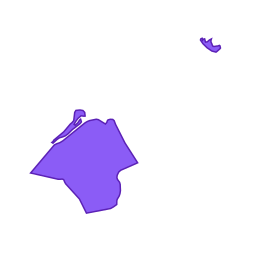 SVG path tracing the border of Sóc Trăng, rotated 262°
{"feature_id": "VNM-508", "entity_name": "Sóc Trăng", "entity_type": "Province", "adm_level": 1, "iso_a3": "VNM", "parent_name": "Vietnam", "parent_adm1": "", "projection": "robinson", "projection_center": [106.207, 9.284], "detail": "fine", "context": "isolated", "style": "filled", "palette": "violet", "viewbox_px": 256, "rotation_deg": 262, "n_neighbors": 0, "source": "natural_earth", "source_scale": "10m", "svg_char_len": 1424}
<svg xmlns="http://www.w3.org/2000/svg" viewBox="0 0 256 256"><g transform="rotate(262 128 128)"><path d="M97.0,25.3L121.5,52.7L122.4,55.5L122.9,58.3L124.3,61.6L139.1,86.2L140.1,88.6L140.7,91.1L141.1,97.8L140.4,99.8L135.1,106.2L136.5,107.8L137.8,108.4L138.8,109.3L139.1,111.6L138.6,114.1L137.2,115.3L133.2,116.2L113.6,122.9L92.2,132.7L87.2,115.0L85.7,112.7L82.7,110.7L80.4,110.1L78.6,110.4L75.4,112.1L73.3,112.4L67.1,111.8L64.1,110.9L61.9,109.8L58.9,107.4L57.5,106.8L53.8,106.2L51.9,102.6L50.7,99.5L49.5,75.0L64.5,70.0L81.4,58.5L83.5,57.7L85.4,57.3L86.2,56.6L86.6,55.6L86.7,53.5L87.0,51.6L97.0,25.3ZM141.1,73.3L142.9,75.3L150.9,77.4L152.7,78.9L152.5,83.0L151.6,85.8L149.5,87.3L145.8,87.2L145.8,86.2L146.6,83.2L144.4,79.7L141.3,76.7L139.1,75.1L138.1,76.1L140.2,79.1L142.6,81.2L143.3,82.3L140.5,82.7L139.1,81.3L134.2,72.7L130.6,67.9L129.0,64.9L128.3,62.2L127.8,58.7L126.5,56.1L123.4,51.6L124.3,50.6L124.7,51.4L125.1,51.9L126.3,52.8L133.2,63.9L140.0,71.5L141.1,73.3ZM205.6,216.3L202.3,216.7L202.3,218.5L203.8,220.8L204.6,223.0L202.8,222.2L201.3,222.2L199.9,222.7L198.3,223.0L197.0,223.6L196.7,225.2L196.8,227.0L196.7,228.5L196.9,229.2L197.1,230.0L196.6,230.5L194.3,230.7L193.6,230.0L191.4,226.7L190.9,225.7L192.5,221.8L196.4,217.5L201.1,213.9L205.0,212.0L205.6,212.2L206.1,212.5L206.4,213.1L206.5,214.1L206.1,214.2L204.6,214.1L205.4,215.1L205.5,215.6L205.6,216.3Z" fill="#8b5cf6" stroke="#5b21b6" stroke-width="1.5"/></g></svg>